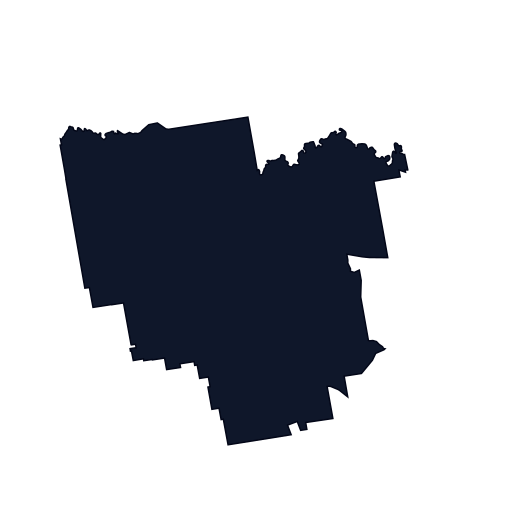 Leeton, New South Wales, Australia (Equal Earth projection), rotated 162°
{"feature_id": "25037944B57687505469181", "entity_name": "Leeton", "entity_type": "district", "adm_level": 2, "iso_a3": "AUS", "parent_name": "Australia", "parent_adm1": "New South Wales", "projection": "equal_earth", "projection_center": [146.159, -34.53], "detail": "fine", "context": "isolated", "style": "filled", "palette": "ink", "viewbox_px": 512, "rotation_deg": 162, "n_neighbors": 0, "source": "geoboundaries", "source_scale": "gbopen_adm2", "svg_char_len": 6076}
<svg xmlns="http://www.w3.org/2000/svg" viewBox="0 0 512 512"><g transform="rotate(162 256 256)"><path d="M87.9,289.5L87.6,291.8L85.1,290.9L85.0,291.1L83.3,306.6L84.1,306.7L85.7,308.5L87.2,309.2L87.4,309.9L87.2,310.3L86.6,310.7L86.3,310.8L85.1,310.4L84.6,310.8L84.5,311.3L84.7,313.1L84.2,314.1L83.9,315.2L83.9,315.7L84.2,316.1L84.5,316.4L85.5,316.5L86.1,316.8L86.5,317.5L86.9,319.0L87.7,319.9L88.6,320.4L89.0,320.3L89.4,320.1L89.7,319.8L90.0,319.2L90.6,315.6L90.7,313.2L90.5,311.5L90.7,310.6L91.0,310.3L91.5,310.5L91.8,311.2L92.2,312.7L92.6,313.1L92.9,313.2L93.7,312.8L94.0,312.4L95.9,308.8L96.0,308.1L95.7,306.5L95.8,305.7L96.8,304.3L97.6,302.3L98.6,301.5L99.9,301.1L101.0,300.5L101.8,300.4L102.4,300.7L102.9,301.3L103.4,303.2L103.6,304.3L103.3,305.2L102.8,305.5L101.1,305.6L100.4,305.8L99.0,306.8L98.6,307.5L98.2,308.7L98.2,309.3L98.4,310.1L98.8,310.5L99.5,310.7L101.9,310.4L102.3,310.2L102.9,309.2L103.8,308.9L104.1,309.0L104.3,309.3L104.8,310.8L105.1,311.3L105.4,311.5L105.8,311.5L107.4,310.5L108.2,310.4L108.9,310.7L109.6,311.6L111.1,312.3L111.5,313.0L112.1,315.5L112.1,316.1L111.9,316.6L111.7,317.0L110.0,317.9L109.8,318.5L109.8,319.1L110.8,320.5L111.6,323.0L112.0,323.6L112.8,323.8L114.1,323.7L114.8,323.4L115.5,322.7L116.2,322.9L116.5,323.2L116.7,324.0L116.8,326.5L117.0,327.6L117.3,328.2L117.9,328.9L120.5,330.0L123.8,330.7L124.7,330.5L125.2,330.2L125.5,329.7L125.9,328.6L126.3,328.1L127.1,328.0L128.0,328.6L128.3,329.0L128.2,329.6L127.7,331.0L127.8,331.5L128.8,332.4L129.5,333.3L129.9,334.9L130.3,335.7L132.1,337.6L133.5,339.0L134.3,339.6L134.7,340.2L134.8,340.9L134.5,341.8L133.5,342.7L133.0,343.5L132.6,344.9L132.5,346.0L133.0,347.2L135.1,350.3L136.3,351.2L136.9,351.3L137.4,351.0L137.6,350.6L137.7,350.1L137.3,349.7L136.0,348.9L135.7,348.4L135.8,347.8L136.2,347.4L136.9,347.2L139.8,347.0L140.3,346.6L141.0,346.4L142.1,346.3L142.3,346.5L142.4,347.0L142.2,347.8L141.5,348.8L141.7,349.7L142.0,350.1L142.5,350.2L143.3,349.8L144.3,349.5L145.4,349.7L146.0,349.9L146.8,349.7L148.9,347.8L151.6,345.7L152.3,345.6L153.8,345.9L155.3,345.8L155.7,345.9L157.2,347.2L158.0,347.3L158.5,347.0L159.6,346.1L160.1,345.5L160.4,344.7L160.2,344.0L159.2,342.7L158.4,342.1L158.2,341.8L158.4,341.3L158.9,340.8L159.6,339.8L159.9,339.6L160.8,339.9L161.2,340.9L161.6,341.6L161.9,341.8L162.5,342.0L163.1,341.7L164.9,340.3L165.6,340.2L165.9,340.4L166.1,340.8L165.8,342.6L166.0,346.3L166.1,346.9L166.6,347.1L169.4,347.5L170.0,347.3L170.5,346.9L173.8,347.6L174.8,347.6L175.4,347.1L175.9,345.5L176.1,345.0L177.0,344.2L177.4,343.6L177.3,342.9L176.4,341.3L176.2,340.7L176.3,339.6L176.5,339.1L177.5,338.7L178.0,338.8L178.4,339.0L178.7,339.6L178.5,340.7L178.6,341.2L179.1,341.9L179.6,342.2L179.9,342.2L181.5,341.3L182.9,340.9L183.6,340.6L183.9,340.3L184.1,339.6L184.4,337.8L185.0,335.8L185.7,335.0L186.8,334.0L186.9,333.6L186.2,331.0L186.6,330.0L187.4,329.7L188.6,329.9L189.6,330.4L191.0,331.3L191.7,331.5L192.6,331.0L193.9,329.8L194.9,329.8L195.8,330.2L196.8,331.2L197.5,332.1L197.6,332.5L197.5,333.1L196.7,334.3L196.6,335.0L196.7,335.4L197.2,336.2L198.4,337.1L198.8,337.9L198.8,338.7L197.9,341.3L197.9,342.1L198.1,342.6L199.2,343.8L200.1,344.3L200.4,344.4L201.0,344.2L201.8,343.0L201.8,342.5L202.3,342.1L203.3,341.7L205.5,341.5L206.7,341.1L207.6,341.0L209.9,341.4L211.1,341.9L213.2,341.8L213.6,342.1L214.0,342.6L214.3,342.9L215.3,343.2L215.9,343.1L216.2,342.9L216.3,342.5L216.1,341.9L215.3,340.5L215.2,340.0L215.2,339.6L215.4,339.4L216.2,339.4L217.5,339.9L218.2,339.8L218.8,339.2L219.4,337.6L220.1,337.0L220.8,336.7L221.4,336.2L222.2,334.8L223.4,333.5L223.9,332.5L224.3,331.9L224.7,331.6L226.3,331.6L226.9,332.0L227.2,332.6L227.1,333.8L226.6,334.7L226.4,335.5L226.6,337.0L226.9,337.4L227.2,337.4L228.4,337.0L225.8,354.4L220.8,390.6L300.0,403.5L302.4,404.7L308.7,413.0L317.4,414.0L325.6,410.5L327.2,409.3L328.6,409.0L330.5,408.8L331.9,409.6L333.6,410.2L335.1,410.0L338.2,412.6L343.0,412.0L345.0,413.1L348.9,418.0L349.2,417.8L349.3,417.4L349.2,415.9L348.8,415.2L349.0,414.9L349.3,414.8L350.4,415.1L351.2,416.0L351.8,416.4L352.1,416.3L352.4,415.9L352.7,415.8L353.0,416.1L353.2,416.9L353.2,417.6L353.0,418.5L353.8,418.8L354.3,419.2L354.7,419.0L357.1,418.7L358.2,418.9L360.9,418.8L361.0,418.6L361.3,418.4L361.8,418.3L362.1,417.9L362.2,417.1L361.4,416.0L361.4,415.4L361.9,414.9L364.2,413.6L364.7,413.7L365.2,414.1L366.8,416.3L366.9,417.6L366.3,419.0L366.2,419.5L365.8,420.2L365.9,421.0L366.5,421.2L366.8,421.1L367.6,420.4L368.1,420.3L369.0,420.4L369.4,420.7L370.2,422.1L370.6,422.5L370.9,422.7L372.1,422.7L372.7,423.0L373.0,423.3L373.4,424.7L374.3,426.3L375.6,427.4L376.1,427.5L377.8,427.4L378.3,427.7L378.8,429.4L379.4,430.1L379.7,430.1L380.0,429.8L380.6,428.5L381.1,427.9L382.0,427.8L382.3,428.1L382.7,428.8L383.5,430.7L385.1,432.8L385.8,432.9L386.2,432.5L387.0,430.9L387.5,430.4L387.9,430.3L388.4,430.4L390.2,431.8L390.4,432.3L390.3,434.2L390.4,434.8L390.8,435.3L392.0,435.9L392.9,436.8L393.2,436.8L393.8,436.6L394.2,436.3L395.1,434.5L396.8,433.5L398.3,432.2L399.9,431.1L401.3,429.3L402.8,428.7L404.2,427.4L404.5,427.3L405.1,427.3L405.8,427.9L406.6,421.8L408.0,422.0L411.5,397.0L412.9,387.8L413.1,387.8L413.3,386.3L428.7,278.3L424.2,277.5L426.9,257.5L407.9,254.4L408.0,254.2L396.5,252.3L402.2,210.4L402.1,210.0L397.9,209.3L398.3,205.8L404.4,206.8L404.8,204.3L403.8,204.1L405.0,194.5L394.8,193.0L395.1,191.1L386.7,189.7L386.7,189.2L374.5,187.2L376.1,175.6L362.2,173.3L361.8,177.0L347.5,174.7L348.1,170.9L345.6,170.5L347.4,157.0L338.7,155.6L340.0,145.9L342.2,146.2L345.3,123.8L338.2,122.7L339.7,111.2L337.5,110.9L340.9,85.1L277.8,75.2L278.3,85.4L267.9,85.9L267.4,76.4L261.2,75.4L260.2,82.3L233.1,77.7L228.7,110.0L226.9,109.6L225.3,108.9L219.1,103.6L218.1,102.4L212.3,93.7L209.3,114.5L192.0,111.7L177.5,120.9L172.3,126.4L163.2,127.3L162.0,127.9L163.3,128.6L163.7,130.6L166.2,133.9L167.9,137.4L171.0,139.5L174.1,140.2L175.2,140.9L169.1,184.6L163.5,200.3L162.1,210.7L167.6,210.0L170.9,212.3L170.1,214.7L170.9,220.9L169.9,223.8L169.1,229.7L155.2,222.4L148.8,219.6L131.2,213.7L127.3,241.7L120.8,290.7L94.4,286.7L93.7,292.4L93.4,293.6L87.9,289.5Z" fill="#0f172a" stroke="#020617" stroke-width="1.5"/></g></svg>